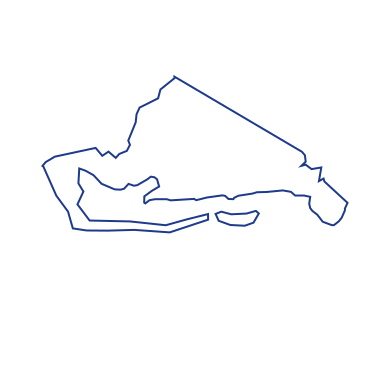 Franklin, United States of America, rotated 30°
{"feature_id": "52423323B15178674781049", "entity_name": "Franklin", "entity_type": "district", "adm_level": 2, "iso_a3": "USA", "parent_name": "United States of America", "parent_adm1": "", "projection": "equal_earth", "projection_center": [-84.778, 29.8], "detail": "fine", "context": "isolated", "style": "outline", "palette": "blue", "viewbox_px": 384, "rotation_deg": 30, "n_neighbors": 0, "source": "geoboundaries", "source_scale": "gbopen_adm2", "svg_char_len": 1459}
<svg xmlns="http://www.w3.org/2000/svg" viewBox="0 0 384 384"><g transform="rotate(30 192 192)"><path d="M113.4,119.0L115.8,127.8L104.4,145.1L105.1,152.4L108.4,159.8L111.1,179.3L114.7,182.2L115.0,189.0L110.0,195.4L108.9,200.6L99.5,198.8L96.2,205.5L86.5,202.0L55.5,230.0L50.3,239.3L49.5,244.2L50.6,244.3L76.3,263.0L94.5,271.0L107.0,283.1L120.0,278.0L138.0,267.8L160.9,253.7L192.9,238.1L219.8,207.9L216.9,203.1L200.9,218.6L185.9,233.9L153.0,248.5L117.6,267.9L99.0,260.0L97.7,245.9L89.3,241.3L82.6,228.0L89.0,226.8L98.4,226.7L109.6,230.1L123.6,228.4L128.8,225.8L131.5,223.2L133.0,216.7L138.6,215.6L141.2,213.4L146.8,203.7L148.7,199.3L152.2,198.0L155.4,198.5L160.8,203.7L156.7,211.0L152.9,219.6L155.9,225.1L157.3,225.2L159.3,220.3L163.6,216.7L173.6,210.9L177.7,209.9L197.3,196.9L199.7,197.0L207.8,189.2L220.0,179.7L222.6,178.8L227.1,179.8L231.4,177.5L231.4,175.9L234.1,172.0L245.2,163.1L248.4,159.7L256.6,154.7L269.9,145.2L277.6,142.4L283.1,143.5L290.9,139.0L296.8,137.1L299.4,143.6L302.4,146.8L305.7,148.2L311.8,149.0L320.1,152.4L329.6,150.8L331.5,149.7L333.8,144.0L334.5,139.4L333.6,131.4L332.7,129.9L332.1,123.6L301.4,116.7L299.2,114.6L296.5,119.1L291.7,106.1L284.1,112.4L276.8,111.5L273.7,114.6L275.3,108.9L271.4,103.7L267.1,102.2L119.1,100.9L119.9,102.2L113.4,119.0ZM227.2,194.4L223.4,199.2L229.5,203.6L241.7,201.4L254.6,194.8L260.6,187.8L260.6,177.2L256.8,176.4L250.0,183.4L237.1,191.7L227.2,194.4Z" fill="none" stroke="#1e3a8a" stroke-width="2"/></g></svg>